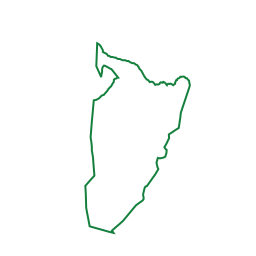 São Gabriel, Bahia, Brazil, rotated 336°
{"feature_id": "56859067B65546405252248", "entity_name": "São Gabriel", "entity_type": "district", "adm_level": 2, "iso_a3": "BRA", "parent_name": "Brazil", "parent_adm1": "Bahia", "projection": "equal_earth", "projection_center": [-41.646, -11.04], "detail": "fine", "context": "isolated", "style": "outline", "palette": "green", "viewbox_px": 256, "rotation_deg": 336, "n_neighbors": 0, "source": "geoboundaries", "source_scale": "gbopen_adm2", "svg_char_len": 2704}
<svg xmlns="http://www.w3.org/2000/svg" viewBox="0 0 256 256"><g transform="rotate(336 128 128)"><path d="M53.0,202.2L56.3,205.0L65.1,212.3L67.8,214.6L72.1,217.9L71.9,216.6L71.6,215.2L85.5,210.9L101.3,203.1L104.0,201.8L109.4,200.7L111.8,200.2L113.2,199.4L113.9,198.2L114.3,196.3L114.6,195.2L115.2,194.2L116.9,192.0L117.7,191.0L118.7,189.6L120.1,188.6L121.6,188.8L133.2,181.9L134.5,181.1L139.0,177.9L139.0,176.7L139.1,175.2L139.4,173.9L139.6,172.7L139.9,171.4L140.5,170.5L141.4,169.6L142.2,168.4L143.2,167.5L144.0,168.2L144.9,168.7L145.7,168.9L146.7,169.2L147.8,169.3L148.6,169.5L149.5,169.4L150.4,169.4L151.2,168.4L152.8,166.7L154.4,163.8L153.9,162.8L153.4,160.4L156.7,158.0L161.4,154.0L162.7,150.5L168.6,149.5L170.1,149.2L174.4,148.6L180.8,138.5L181.3,137.5L182.6,135.4L201.0,115.3L202.1,113.6L202.3,112.2L202.6,110.9L203.0,109.7L202.4,108.1L202.1,106.6L200.9,105.9L200.5,104.3L199.7,103.6L198.5,103.2L197.5,103.0L196.7,102.5L195.2,103.2L194.1,103.1L193.1,103.3L192.4,104.1L191.5,103.9L190.5,104.8L189.6,105.6L189.0,106.8L187.9,106.9L186.7,107.3L185.8,105.8L185.0,104.8L183.8,104.7L182.9,104.0L181.8,104.0L181.0,104.7L180.7,103.6L180.4,102.3L179.9,101.2L179.0,100.2L178.1,100.8L177.3,100.2L176.6,99.6L175.7,99.7L174.6,100.6L173.3,100.6L172.3,99.9L171.3,99.7L170.4,99.7L170.0,97.9L169.4,96.0L168.2,95.2L166.6,95.0L166.2,93.5L165.7,92.1L164.8,91.3L164.4,89.8L164.1,88.3L163.9,86.9L163.7,84.8L163.6,82.8L163.5,81.1L163.0,79.9L162.5,78.4L162.5,76.6L162.0,74.3L160.9,73.2L160.4,72.2L159.8,71.2L158.7,70.7L157.7,69.9L156.6,68.6L155.6,66.9L154.4,66.5L153.2,65.1L152.1,64.5L151.1,64.2L150.2,63.5L149.5,62.6L148.5,61.6L147.2,61.0L146.2,60.1L145.5,58.8L144.6,58.3L143.8,57.8L142.7,56.8L140.9,55.9L140.3,54.6L139.1,53.9L138.8,52.0L138.0,50.7L137.0,49.7L136.0,48.3L136.6,47.0L136.6,45.4L136.4,44.0L136.4,42.7L136.1,41.5L135.8,40.4L135.2,39.3L134.3,38.1L124.2,58.6L124.2,70.6L124.9,69.3L125.6,68.2L126.4,67.2L127.2,66.2L127.7,65.0L128.3,63.7L129.2,62.6L129.8,61.9L130.7,61.6L131.5,61.2L132.4,61.9L133.1,62.8L133.8,63.7L134.5,64.6L135.2,65.6L136.1,66.8L136.8,67.4L139.5,78.0L138.6,77.8L137.3,78.0L136.1,77.7L134.8,78.1L134.2,79.3L133.7,80.2L132.5,80.8L131.3,81.7L130.5,82.3L129.6,83.0L128.1,83.5L126.7,84.1L125.3,84.8L124.0,85.8L122.7,86.3L121.8,86.7L119.4,87.9L117.9,87.7L116.7,87.8L115.8,88.3L114.5,88.7L113.5,89.2L112.1,89.2L110.7,89.4L109.3,89.1L108.0,88.8L99.2,104.6L98.2,106.3L90.1,121.2L89.7,122.4L89.4,123.7L89.0,125.2L88.5,126.9L88.0,128.4L87.3,130.4L86.8,131.7L86.3,132.7L85.8,133.9L85.5,135.2L85.1,136.8L83.8,141.4L82.9,143.8L82.1,146.0L77.9,157.9L73.7,159.7L65.5,163.5L62.7,170.9L58.9,180.1L57.4,183.8L56.5,187.3L56.1,189.0L55.7,190.8L53.0,202.2Z" fill="none" stroke="#15803d" stroke-width="2"/></g></svg>